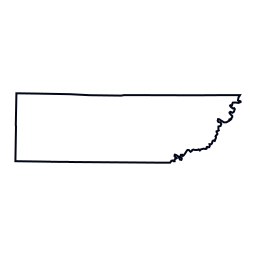 the district of Kane, Utah, United States of America
{"feature_id": "52423323B18602479279473", "entity_name": "Kane", "entity_type": "district", "adm_level": 2, "iso_a3": "USA", "parent_name": "United States of America", "parent_adm1": "Utah", "projection": "orthographic", "projection_center": [-111.142, 37.272], "detail": "fine", "context": "isolated", "style": "outline", "palette": "ink", "viewbox_px": 256, "rotation_deg": 0, "n_neighbors": 0, "source": "geoboundaries", "source_scale": "gbopen_adm2", "svg_char_len": 2029}
<svg xmlns="http://www.w3.org/2000/svg" viewBox="0 0 256 256"><path d="M51.4,161.8L68.3,161.9L69.4,162.0L163.8,162.7L164.5,162.7L170.1,162.7L171.5,160.7L172.8,160.5L173.4,161.2L174.6,161.2L174.5,160.2L175.1,159.0L176.0,158.6L176.7,158.1L175.6,157.4L174.6,156.3L174.6,155.1L174.9,154.6L176.0,155.0L177.0,155.6L178.8,156.8L179.6,158.9L180.0,159.6L181.3,159.9L181.8,158.9L181.5,157.5L181.1,157.3L180.3,156.7L180.5,155.9L180.9,154.8L182.2,154.8L182.4,155.4L182.9,155.9L183.4,155.7L185.2,153.3L187.0,150.4L187.8,149.9L189.0,150.1L189.6,150.9L190.6,151.8L192.0,150.7L192.3,150.0L193.4,149.6L194.5,149.9L196.9,150.0L197.7,149.8L198.7,149.4L199.1,150.0L199.8,150.5L200.7,149.5L203.3,148.7L205.0,148.9L205.9,149.0L206.6,148.6L206.8,147.7L206.6,147.3L207.0,146.9L207.6,147.0L208.2,147.2L209.2,147.2L209.7,146.3L209.7,145.3L209.5,144.2L210.6,144.2L211.0,144.3L211.9,143.5L212.3,142.1L212.4,141.3L213.3,140.5L214.1,140.8L214.7,141.0L215.1,140.1L215.1,139.5L215.8,138.4L216.0,137.0L215.5,136.4L216.0,135.4L216.8,134.9L217.4,134.1L217.3,133.3L216.8,132.5L216.5,131.4L217.0,131.1L217.9,130.9L218.8,130.4L218.4,129.3L218.4,126.5L220.5,126.0L221.3,124.0L220.8,122.9L219.9,122.3L218.4,122.0L217.7,120.8L218.1,119.1L219.3,119.3L221.1,120.6L222.5,121.4L224.0,122.4L226.4,122.3L227.9,121.4L228.7,121.2L229.3,120.4L229.3,119.5L230.2,119.1L230.6,119.7L231.4,118.9L231.6,117.7L232.3,117.0L232.2,115.8L231.4,115.2L230.5,114.3L229.6,113.1L229.5,112.5L230.3,111.8L231.2,112.1L232.4,112.8L233.7,112.0L234.1,111.3L234.4,110.0L234.8,109.1L234.1,108.1L232.8,108.4L231.1,107.1L230.1,105.9L230.0,105.7L230.4,105.2L231.1,105.4L231.9,105.5L232.3,104.5L232.3,103.7L232.9,102.6L235.1,102.5L238.5,102.9L240.0,102.3L240.6,102.0L240.5,101.3L239.8,101.0L238.7,101.0L238.0,100.4L238.1,99.7L238.5,97.4L239.6,95.8L240.0,95.1L204.9,95.2L203.8,95.3L124.2,95.1L121.3,95.6L89.4,95.2L70.0,94.2L38.0,93.6L16.4,93.3L16.3,98.7L15.8,125.6L16.0,126.1L15.4,161.2L22.3,161.3L44.3,161.6L49.3,161.7L50.7,161.7L51.2,161.8L51.4,161.8Z" fill="none" stroke="#020617" stroke-width="2"/></svg>